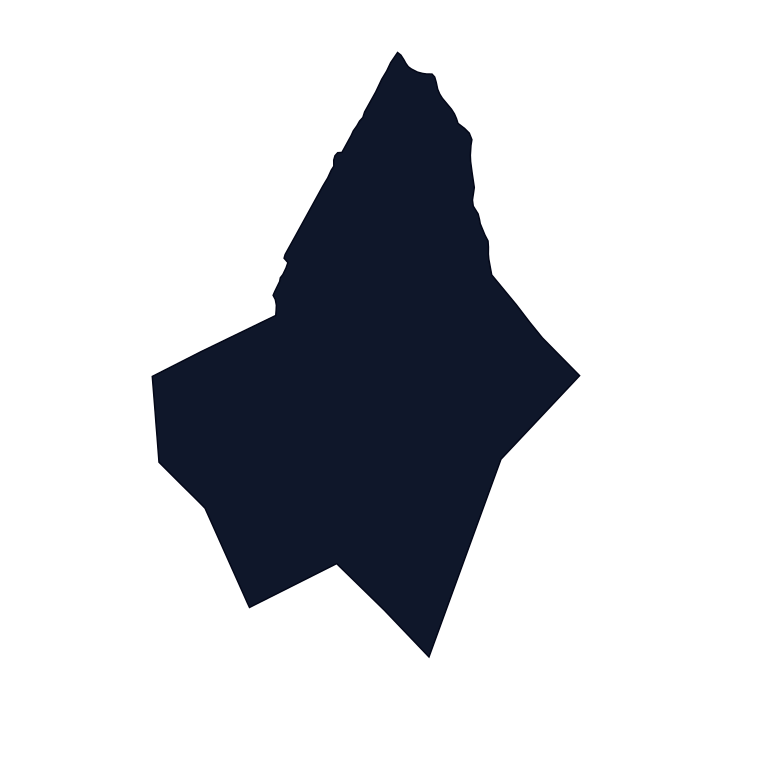 Santa Luzia do Paruá, Maranhão, Brazil (Natural Earth projection), rotated 135°
{"feature_id": "56859067B5284280093105", "entity_name": "Santa Luzia do Paruá", "entity_type": "district", "adm_level": 2, "iso_a3": "BRA", "parent_name": "Brazil", "parent_adm1": "Maranhão", "projection": "natural_earth1", "projection_center": [-45.86, -2.528], "detail": "fine", "context": "isolated", "style": "filled", "palette": "ink", "viewbox_px": 768, "rotation_deg": 135, "n_neighbors": 0, "source": "geoboundaries", "source_scale": "gbopen_adm2", "svg_char_len": 1347}
<svg xmlns="http://www.w3.org/2000/svg" viewBox="0 0 768 768"><g transform="rotate(135 384 384)"><path d="M140.0,608.8L152.1,606.5L160.8,603.4L170.1,601.1L183.2,596.4L188.8,594.8L205.3,590.1L210.5,587.4L215.3,587.2L220.7,585.7L226.7,584.7L231.5,582.9L250.0,577.5L253.2,580.3L257.2,580.1L261.2,577.9L265.5,573.5L270.1,572.5L278.1,569.5L282.2,568.5L287.3,567.2L344.5,550.6L362.3,545.5L365.7,543.6L366.1,537.8L371.3,535.3L378.1,532.9L382.2,532.4L385.2,530.3L395.7,526.7L399.7,525.1L401.1,520.6L404.4,515.8L407.9,512.6L412.1,509.0L490.4,536.2L542.5,553.2L566.1,525.5L573.0,517.5L582.1,506.8L598.4,487.8L598.4,454.0L598.3,441.4L598.3,427.2L598.4,422.7L605.7,403.5L633.4,331.0L635.3,326.1L637.1,321.1L631.9,319.4L544.5,290.5L543.7,224.1L545.2,159.2L354.5,248.1L239.8,251.6L239.4,304.7L237.3,324.7L234.4,346.4L230.7,385.0L221.6,398.2L218.4,402.0L213.3,407.0L209.3,411.6L207.3,418.0L202.6,429.3L200.1,432.9L197.2,437.7L195.1,446.7L191.4,451.5L188.6,453.6L185.6,455.8L181.2,459.1L172.3,471.1L165.4,480.1L161.2,484.7L153.7,491.3L149.1,494.6L146.3,501.1L146.3,507.6L147.4,516.0L145.1,520.4L143.2,525.2L142.0,530.5L140.7,544.8L139.6,549.6L137.6,554.5L133.7,560.5L131.1,565.2L130.9,569.2L134.7,573.1L137.1,576.3L139.8,580.9L141.9,587.4L142.5,591.2L141.8,595.4L140.7,599.1L139.5,604.6L140.0,608.8Z" fill="#0f172a" stroke="#020617" stroke-width="1.5"/></g></svg>